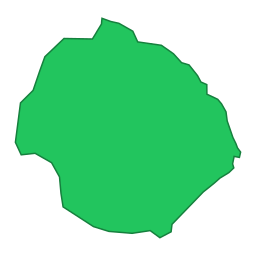 outline of Has, Kukës, Albania
{"feature_id": "67620474B51228836218093", "entity_name": "Has", "entity_type": "district", "adm_level": 2, "iso_a3": "ALB", "parent_name": "Albania", "parent_adm1": "Kukës", "projection": "equal_earth", "projection_center": [20.413, 42.193], "detail": "fine", "context": "isolated", "style": "filled", "palette": "green", "viewbox_px": 256, "rotation_deg": 0, "n_neighbors": 0, "source": "geoboundaries", "source_scale": "gbopen_adm2", "svg_char_len": 784}
<svg xmlns="http://www.w3.org/2000/svg" viewBox="0 0 256 256"><path d="M21.2,154.8L35.1,153.3L51.6,162.7L59.5,176.9L61.0,193.5L63.1,206.9L93.5,226.6L108.9,231.4L132.1,233.3L150.2,230.6L159.9,237.7L171.1,231.8L172.0,224.3L203.3,191.9L210.2,186.4L214.5,182.9L219.9,178.1L228.9,172.6L233.8,167.9L232.6,163.9L234.1,156.4L239.4,157.4L240.6,152.1L237.5,147.9L235.9,143.6L232.9,137.5L229.8,128.5L227.2,121.0L226.0,111.8L221.5,103.8L217.7,99.3L206.9,94.2L206.8,84.6L200.9,82.0L197.5,75.6L189.0,64.9L181.6,62.7L173.5,53.8L161.4,45.3L137.7,41.9L132.8,31.2L118.9,23.3L110.8,21.5L102.0,18.3L101.7,21.1L101.5,24.0L99.2,27.8L98.7,28.6L97.6,30.4L95.6,33.8L92.4,39.0L64.0,38.5L44.9,56.7L39.7,71.1L33.1,90.4L20.5,102.9L15.4,142.3L21.2,154.8Z" fill="#22c55e" stroke="#15803d" stroke-width="1.5"/></svg>